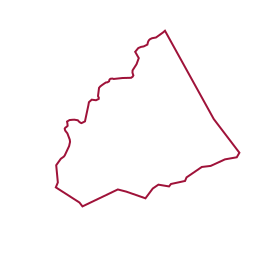 the district of Sabine, Texas, United States of America, rotated 245°
{"feature_id": "52423323B20361031483491", "entity_name": "Sabine", "entity_type": "district", "adm_level": 2, "iso_a3": "USA", "parent_name": "United States of America", "parent_adm1": "Texas", "projection": "mercator", "projection_center": [-93.762, 31.373], "detail": "fine", "context": "isolated", "style": "outline", "palette": "rose", "viewbox_px": 256, "rotation_deg": 245, "n_neighbors": 0, "source": "geoboundaries", "source_scale": "gbopen_adm2", "svg_char_len": 1194}
<svg xmlns="http://www.w3.org/2000/svg" viewBox="0 0 256 256"><g transform="rotate(245 128 128)"><path d="M200.5,202.6L199.8,200.2L198.2,191.6L199.2,187.8L199.2,185.7L198.9,184.5L198.2,183.3L197.4,182.4L195.4,180.8L195.3,176.7L196.0,174.1L196.1,171.1L194.0,166.7L186.8,167.3L182.2,162.7L178.3,156.5L176.2,155.4L173.4,155.1L172.5,153.8L172.2,152.0L175.6,144.2L178.5,135.7L179.3,134.9L179.7,133.9L180.0,133.0L179.9,132.3L179.6,131.6L178.3,130.6L178.1,128.6L178.6,127.3L178.4,125.7L177.9,122.7L177.4,120.4L176.6,118.7L169.6,114.3L167.7,114.3L166.7,113.7L166.7,110.7L169.0,107.1L167.9,103.5L165.2,101.6L152.2,91.8L152.1,89.3L152.1,87.9L152.8,87.2L153.5,86.8L154.7,86.2L156.2,85.8L158.2,82.9L158.9,81.2L159.9,78.4L159.6,75.5L157.4,74.9L155.5,74.2L155.2,73.4L154.9,72.3L154.8,71.4L154.2,70.4L153.1,70.1L152.1,70.0L151.4,70.2L150.8,70.3L148.8,70.8L142.1,70.3L139.9,69.6L136.5,67.0L129.9,59.1L129.2,57.8L128.5,54.1L124.6,47.2L108.3,41.4L104.7,37.5L81.0,52.5L76.2,53.6L76.6,92.8L71.1,99.5L56.9,114.1L62.7,124.9L63.8,131.6L57.7,140.5L59.1,143.3L55.9,157.3L58.5,160.2L61.5,178.4L58.7,186.9L58.6,202.6L55.5,214.2L58.5,218.5L99.9,209.5L200.5,202.6Z" fill="none" stroke="#9f1239" stroke-width="2"/></g></svg>